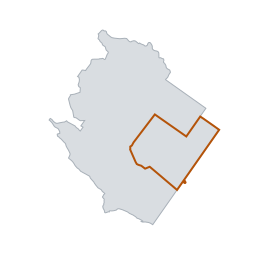 Northern on a map of Sudan (Natural Earth projection), rotated 125°
{"feature_id": "SDN-878", "entity_name": "Northern", "entity_type": "State", "adm_level": 1, "iso_a3": "SDN", "parent_name": "Sudan", "parent_adm1": "", "projection": "natural_earth1", "projection_center": [29.004, 19.383], "detail": "coarse", "context": "in_parent", "style": "outline", "palette": "amber", "viewbox_px": 256, "rotation_deg": 125, "n_neighbors": 0, "source": "natural_earth", "source_scale": "10m", "svg_char_len": 4128}
<svg xmlns="http://www.w3.org/2000/svg" viewBox="0 0 256 256"><g transform="rotate(125 128 128)"><path d="M166.7,197.2L164.8,197.2L164.7,196.7L164.7,195.3L164.9,194.3L165.5,192.6L165.4,191.7L165.5,190.4L165.0,188.9L160.5,184.6L159.6,183.5L157.3,182.4L157.7,181.2L156.7,172.5L157.1,171.5L157.3,169.9L157.2,168.6L157.8,166.4L157.9,165.4L153.1,165.3L153.1,166.3L153.3,167.4L153.3,167.8L146.7,167.8L149.4,171.3L149.5,172.8L149.4,174.6L149.4,175.8L149.5,176.6L150.3,178.1L150.2,178.4L150.0,178.8L145.4,183.4L144.6,185.5L144.0,186.6L142.6,188.5L138.4,193.3L137.7,193.6L134.4,193.8L134.1,193.9L133.9,194.2L133.7,194.1L130.9,191.2L126.3,187.8L123.2,189.6L122.3,190.3L122.3,191.9L121.9,192.8L121.0,193.7L118.7,194.3L117.5,194.8L116.1,195.7L114.7,197.2L114.6,198.1L114.8,198.8L106.9,198.8L106.4,198.2L105.2,195.6L104.4,195.8L97.2,195.5L96.2,195.7L94.1,196.8L93.1,197.0L92.0,196.5L88.3,191.4L87.4,190.8L86.6,189.6L85.8,189.0L85.5,188.7L85.4,188.1L85.4,187.0L85.2,186.3L84.6,186.1L79.5,187.3L78.8,187.2L77.7,187.4L77.3,187.6L76.9,188.3L76.8,189.7L76.7,190.4L76.3,191.1L74.8,192.9L74.5,193.6L74.6,195.5L74.5,196.5L74.3,196.9L73.6,197.6L73.4,198.1L73.1,200.5L72.3,201.9L72.2,202.5L72.1,203.5L72.0,203.8L69.7,204.7L68.8,205.2L68.3,206.0L68.1,206.4L67.2,206.1L65.9,205.9L63.5,205.6L62.6,205.2L62.1,204.7L62.2,203.2L62.0,202.9L61.6,202.6L61.4,202.0L61.4,201.2L62.7,199.5L63.0,198.6L63.3,194.3L63.2,193.0L62.2,190.7L59.9,186.5L59.4,185.7L56.5,182.3L56.2,181.8L55.5,180.4L56.3,177.2L56.3,176.4L56.1,175.5L55.4,174.8L54.8,174.7L53.9,173.9L53.4,173.5L52.9,172.8L52.5,171.7L52.8,168.0L52.6,167.5L51.9,167.4L51.7,167.1L51.8,166.4L51.4,164.3L50.9,162.6L51.2,161.6L50.6,160.3L49.4,159.7L47.1,160.2L46.4,160.1L45.9,159.8L45.6,159.4L45.4,158.8L45.6,157.9L46.2,156.4L47.0,155.1L48.7,153.9L49.2,153.3L49.4,152.6L49.5,151.8L49.4,150.9L49.2,150.2L48.7,149.1L48.3,147.9L48.3,147.1L48.5,146.5L48.9,145.8L50.6,144.5L52.3,143.3L52.6,142.9L52.5,142.5L51.7,141.5L51.5,139.7L51.0,138.5L51.9,137.5L52.5,137.2L53.5,136.9L53.9,136.5L54.0,135.7L54.0,135.0L54.4,134.4L54.8,133.3L55.2,132.7L56.5,131.4L56.8,130.5L56.9,129.7L56.6,127.1L57.3,126.0L58.3,125.1L59.6,125.2L61.7,125.0L63.2,124.6L64.2,124.6L66.6,125.1L66.8,124.9L66.9,124.2L67.2,75.5L76.9,75.5L77.0,75.4L77.2,52.3L137.8,52.3L138.3,52.2L139.3,50.0L139.7,49.9L140.3,50.0L140.5,50.5L140.0,52.3L193.0,52.3L193.1,54.9L193.6,57.0L195.1,60.0L196.4,61.7L196.9,62.6L196.9,63.0L196.9,63.4L196.5,62.9L195.8,62.6L195.8,64.0L196.1,66.9L196.7,69.0L196.3,70.8L196.4,74.0L197.1,77.8L197.0,80.2L198.2,85.9L199.3,89.1L199.9,89.8L200.6,90.3L201.9,90.5L203.8,92.1L205.3,93.8L205.8,94.7L206.6,95.7L207.1,95.5L207.4,95.2L207.9,96.0L210.3,97.7L210.6,98.5L209.8,99.3L208.8,100.6L208.3,101.8L208.1,102.2L207.3,103.0L207.2,103.4L206.8,103.6L206.5,103.6L205.7,104.0L205.0,103.9L204.2,104.1L203.9,104.4L203.4,104.7L202.6,104.8L201.4,105.9L200.3,106.4L199.9,106.8L199.4,108.9L199.0,109.4L197.4,109.5L196.6,109.7L195.5,109.4L195.0,109.4L194.9,109.9L194.7,111.7L194.8,112.4L193.9,114.5L194.2,118.3L193.4,121.1L193.2,121.8L192.4,124.0L191.9,124.9L190.9,129.1L190.5,130.4L189.5,131.7L190.6,141.8L189.8,144.9L189.9,146.6L189.3,149.1L188.9,150.3L188.2,151.7L187.6,153.2L187.1,155.3L186.8,159.2L186.6,159.5L183.8,160.0L182.9,160.3L182.3,160.7L181.6,161.7L180.1,164.4L179.4,166.1L178.2,168.4L176.8,170.0L176.5,170.8L176.3,172.3L175.8,174.6L175.4,176.3L175.4,177.6L175.0,179.9L175.1,181.0L174.6,181.6L174.0,182.2L173.5,182.4L171.5,180.8L170.1,181.9L169.3,183.4L168.6,184.9L169.0,188.1L169.0,188.8L168.8,189.6L167.5,192.7L167.1,194.1L166.7,196.6L166.7,197.2Z" fill="#d9dde1" stroke="#a8b0b8" stroke-width="1"/><path d="M140.0,52.3L150.6,52.3L147.3,87.9L147.3,88.0L151.4,90.6L151.5,90.7L151.3,95.5L152.3,98.6L152.3,99.2L152.5,100.1L151.4,102.4L144.4,113.9L144.0,114.0L141.9,115.5L140.5,114.9L140.0,114.8L136.6,115.2L101.5,113.8L101.5,75.4L77.2,75.4L77.1,71.8L77.1,69.6L77.1,66.7L77.1,65.3L77.1,62.4L77.1,59.5L77.2,52.3L85.7,52.3L95.2,52.3L104.7,52.3L109.4,52.3L114.2,52.3L116.0,52.3L138.2,52.3L138.3,52.2L139.3,50.1L139.5,49.7L139.9,49.6L140.1,49.6L140.3,49.7L140.5,50.0L140.6,50.5L140.0,52.3Z" fill="none" stroke="#b45309" stroke-width="2"/></g></svg>